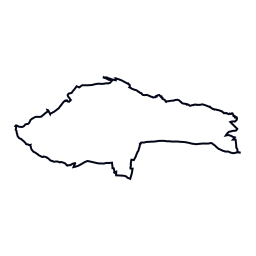 Poroina Mare, Mehedinti, Romania (Robinson projection)
{"feature_id": "2599482B87873666388407", "entity_name": "Poroina Mare", "entity_type": "district", "adm_level": 2, "iso_a3": "ROU", "parent_name": "Romania", "parent_adm1": "Mehedinti", "projection": "robinson", "projection_center": [22.974, 44.493], "detail": "fine", "context": "isolated", "style": "outline", "palette": "ink", "viewbox_px": 256, "rotation_deg": 0, "n_neighbors": 0, "source": "geoboundaries", "source_scale": "gbopen_adm2", "svg_char_len": 5774}
<svg xmlns="http://www.w3.org/2000/svg" viewBox="0 0 256 256"><path d="M130.2,178.8L131.8,173.4L132.6,168.7L131.3,168.7L130.5,168.5L130.6,167.3L130.4,167.0L130.7,166.4L131.0,165.0L130.7,164.2L131.1,161.8L131.1,161.0L131.4,159.7L133.8,160.1L134.0,159.6L134.4,159.0L135.8,156.4L136.3,154.9L137.5,152.0L137.7,151.7L138.1,151.4L138.4,150.5L139.4,147.2L140.0,144.5L140.3,143.9L140.2,143.7L140.7,143.6L140.7,143.3L141.0,142.7L141.3,142.5L144.1,142.5L146.4,142.0L147.7,141.8L149.4,141.9L150.6,141.6L151.7,141.7L153.9,141.6L159.2,140.9L162.4,140.9L163.2,140.8L167.5,141.3L168.9,141.2L169.6,141.4L170.6,141.3L171.9,141.6L177.4,141.5L180.7,141.9L182.1,141.9L184.9,142.1L188.1,142.7L191.8,143.6L195.9,144.2L203.0,143.5L205.6,143.6L208.6,143.5L211.1,143.0L212.3,143.5L213.8,144.8L214.7,145.3L216.0,146.6L218.4,148.7L223.0,150.8L224.4,151.2L224.9,151.4L225.7,151.6L227.9,151.5L228.8,151.8L230.6,152.6L233.1,153.2L234.2,153.1L237.0,152.4L238.8,152.4L239.9,152.7L240.6,152.7L237.3,151.8L237.5,149.9L237.0,148.6L236.5,148.1L236.2,147.2L236.4,147.0L236.3,146.3L235.6,139.6L234.9,139.5L233.0,139.6L234.8,137.4L232.7,136.8L231.3,135.9L229.8,135.5L229.0,135.1L227.7,135.1L225.8,135.5L226.8,134.0L227.9,132.7L228.8,131.9L233.2,130.8L234.9,130.8L236.2,130.4L237.3,128.9L230.3,122.0L231.3,121.6L233.3,121.4L234.8,121.6L235.1,121.4L236.7,119.8L236.9,119.3L236.8,118.7L236.9,118.4L236.9,117.6L236.6,117.5L236.4,117.5L236.1,117.8L236.0,117.7L235.8,117.3L235.1,117.4L235.1,116.7L235.4,116.6L234.8,116.2L234.6,116.2L234.4,116.4L233.7,116.2L233.9,115.7L233.3,115.2L233.2,114.7L232.9,114.1L232.7,113.9L232.4,113.8L232.4,113.4L232.1,113.2L231.7,113.3L231.1,113.9L230.8,113.8L230.5,113.9L230.3,113.8L229.5,113.6L229.1,114.1L228.7,114.1L228.4,114.0L228.1,113.8L227.6,113.7L227.0,113.5L227.0,113.3L226.7,113.1L225.9,113.0L225.7,113.2L223.9,113.2L223.6,112.5L222.9,112.3L222.3,111.9L221.8,111.2L220.6,111.0L220.0,110.6L219.3,110.4L217.8,110.0L217.1,110.0L216.3,109.6L214.8,109.4L214.4,109.3L214.2,109.5L213.8,109.1L213.6,109.1L212.5,108.9L211.5,108.0L210.4,107.5L210.2,107.0L209.9,106.7L209.7,106.9L209.4,106.9L206.1,105.5L202.7,104.4L201.8,104.4L200.5,104.8L199.8,104.8L199.0,105.0L198.6,104.8L198.0,104.8L197.3,104.9L196.4,104.9L195.9,104.5L195.1,104.5L194.6,104.8L193.7,104.8L193.0,105.2L192.5,105.1L191.3,105.4L190.6,105.7L190.0,105.8L189.7,105.7L188.7,104.9L188.0,104.5L187.2,104.7L186.7,104.7L186.5,104.4L186.5,104.0L183.0,103.5L182.1,103.1L181.3,102.4L181.2,102.2L180.9,102.0L180.9,101.9L180.6,101.8L180.5,101.6L179.8,101.1L179.4,100.5L177.6,99.8L177.2,99.8L175.0,100.0L174.4,100.4L174.0,100.5L172.2,100.7L171.5,100.7L169.1,101.1L166.5,101.4L166.1,101.9L165.6,101.5L165.5,100.8L164.5,99.8L162.4,98.8L162.0,98.0L162.3,97.6L162.0,97.4L161.4,97.3L161.4,96.3L161.2,96.2L160.9,96.3L160.6,96.5L159.2,95.0L158.2,95.2L156.2,96.0L156.5,96.6L155.8,96.8L155.6,97.1L154.8,97.1L153.6,97.5L152.9,97.4L152.2,96.9L151.2,96.8L150.4,96.3L149.2,95.9L148.0,95.2L145.9,94.9L144.8,95.1L143.9,95.1L142.6,94.8L142.2,94.2L141.7,93.8L141.7,93.7L141.4,93.2L140.1,92.9L139.7,92.5L139.6,92.4L139.5,92.2L138.3,91.7L137.9,91.2L136.8,90.5L135.4,89.9L134.2,89.7L133.0,89.1L132.3,89.0L131.2,88.2L129.5,87.4L129.9,87.0L129.9,86.5L129.6,86.1L129.6,85.8L129.7,85.5L129.7,85.0L129.2,84.4L128.8,84.2L128.3,84.1L128.1,83.5L127.8,83.6L127.6,83.5L127.3,83.3L125.9,82.7L121.1,80.1L119.9,79.8L119.5,79.5L118.4,79.2L115.8,78.3L115.6,78.3L116.0,78.8L115.8,79.2L115.9,79.6L115.8,80.3L111.8,79.4L109.6,78.5L107.7,78.1L107.3,77.9L106.9,77.4L104.5,77.5L103.8,77.2L103.7,77.6L106.0,78.3L107.5,79.1L108.3,79.6L109.2,79.9L110.0,79.9L110.6,79.9L112.1,80.6L110.5,82.3L110.1,82.8L108.2,83.4L105.9,83.3L104.2,83.7L102.1,83.9L98.5,83.7L97.4,83.8L94.6,84.3L91.9,85.0L89.4,85.2L84.8,85.3L82.5,85.2L80.5,86.3L79.6,87.3L79.2,87.4L77.6,86.7L76.6,86.3L74.5,89.2L72.7,91.3L71.6,92.9L68.7,93.6L67.7,94.9L67.7,95.2L67.8,95.8L68.4,96.8L68.7,97.4L69.3,97.9L69.6,98.3L70.3,99.7L70.8,100.0L70.4,100.5L69.2,101.7L68.1,101.6L67.6,101.4L67.4,100.8L67.0,100.3L66.6,100.3L66.1,100.8L65.7,101.0L65.2,100.6L63.6,101.9L62.1,103.8L61.2,105.1L60.9,105.3L60.4,106.1L60.1,106.3L59.6,107.1L58.7,108.3L58.3,108.7L57.7,109.0L57.0,109.5L55.8,110.5L53.8,111.9L50.4,113.7L50.2,114.2L48.2,110.3L47.4,110.0L47.5,110.3L47.5,111.2L47.3,111.8L45.0,113.4L44.2,114.1L43.5,114.9L42.3,115.6L41.5,116.6L39.5,116.9L36.5,116.8L35.9,116.9L34.7,117.3L33.5,117.9L31.6,119.1L30.6,119.9L29.6,122.0L28.9,123.2L28.6,123.5L28.2,123.8L27.3,124.0L25.7,124.3L25.2,124.6L24.2,125.9L23.1,126.6L22.3,126.9L21.8,127.0L19.0,126.7L16.4,125.4L16.0,125.4L15.4,126.1L15.7,126.2L16.0,126.4L16.1,127.1L16.0,128.4L15.7,129.4L15.7,129.7L16.5,130.9L16.7,132.7L17.2,134.1L17.4,135.4L17.7,136.2L18.3,137.0L18.6,137.6L19.6,138.4L21.4,139.1L21.7,139.6L23.6,141.1L25.1,142.6L25.7,143.3L26.1,144.1L26.4,144.3L27.0,144.3L28.3,144.5L28.7,144.9L29.3,145.1L30.4,144.9L30.2,145.3L30.2,145.6L30.7,146.3L31.4,149.3L33.5,151.8L35.3,152.6L37.1,153.9L37.6,154.1L38.4,155.0L39.3,155.5L42.2,157.0L42.9,157.0L43.6,156.5L46.0,157.1L47.1,157.6L47.2,158.0L47.5,158.1L48.5,158.5L49.4,159.6L51.2,160.9L51.9,160.8L53.4,161.6L54.6,161.7L55.8,161.5L57.5,161.5L59.2,162.1L59.8,162.4L60.2,162.3L60.6,162.0L61.6,162.1L63.2,162.6L64.9,163.3L65.8,164.1L67.0,165.5L67.4,165.6L67.9,165.2L69.0,165.3L70.1,165.1L70.6,164.8L71.0,164.8L72.6,163.7L73.4,163.7L74.0,163.4L74.4,163.4L74.6,163.2L75.9,163.1L75.2,163.4L75.0,163.6L74.4,164.9L73.5,167.1L75.0,166.8L78.0,165.9L80.5,164.6L85.1,161.9L87.3,161.1L87.7,161.0L98.3,163.4L102.0,163.5L104.0,163.5L106.1,163.0L107.8,162.9L108.1,163.0L109.2,163.1L109.4,162.9L112.0,162.7L112.0,162.9L112.4,166.0L112.5,168.2L113.7,168.3L114.6,172.1L114.2,172.5L114.4,172.8L116.2,171.8L116.1,175.3L123.3,175.7L124.4,175.9L126.3,176.5L127.2,177.5L128.0,178.0L129.4,178.4L130.2,178.8Z" fill="none" stroke="#020617" stroke-width="2"/></svg>